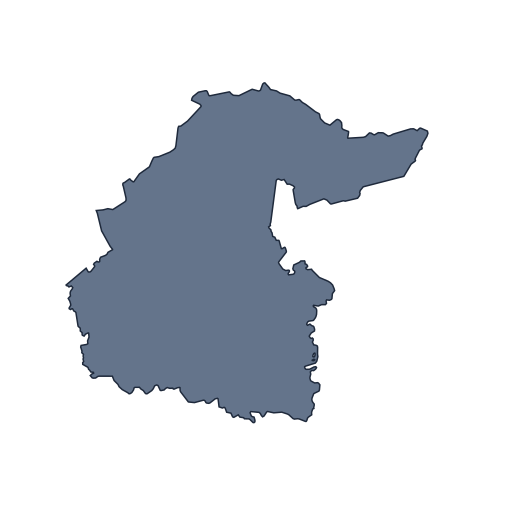 an SVG outline of Tyumen', rotated 348°
{"feature_id": "RUS-2398", "entity_name": "Tyumen'", "entity_type": "Region", "adm_level": 1, "iso_a3": "RUS", "parent_name": "Russia", "parent_adm1": "", "projection": "orthographic", "projection_center": [69.281, 57.561], "detail": "fine", "context": "isolated", "style": "filled", "palette": "slate", "viewbox_px": 512, "rotation_deg": 348, "n_neighbors": 0, "source": "natural_earth", "source_scale": "10m", "svg_char_len": 6067}
<svg xmlns="http://www.w3.org/2000/svg" viewBox="0 0 512 512"><g transform="rotate(348 256 256)"><path d="M229.0,414.7L228.1,413.2L227.5,411.0L226.5,409.6L218.6,407.1L217.6,408.1L218.2,411.5L218.8,412.2L220.6,413.2L220.8,415.9L220.7,417.2L220.3,418.1L219.3,418.6L218.4,418.2L216.1,414.7L215.3,413.9L210.8,412.8L210.3,411.6L206.7,410.2L205.6,407.7L200.8,409.2L200.0,408.8L199.6,408.1L198.8,404.5L194.8,402.7L194.3,398.9L193.9,397.8L193.3,397.4L191.5,397.7L188.5,395.9L189.2,387.8L188.7,387.2L186.4,387.2L180.5,390.1L179.2,390.3L177.2,389.6L176.5,388.9L176.2,387.5L175.4,386.4L174.6,386.1L165.3,386.6L159.5,384.7L154.0,373.1L153.8,371.8L154.3,369.0L154.0,368.7L151.9,368.5L148.1,369.2L147.4,368.8L147.3,368.2L146.8,367.9L144.1,367.5L141.8,366.2L139.9,366.8L138.4,367.9L135.1,367.9L134.4,367.5L133.2,362.3L132.0,361.5L129.9,361.9L127.9,364.5L126.0,366.0L120.9,368.1L119.8,367.9L119.2,367.4L117.8,364.2L115.7,362.1L114.7,360.2L110.2,359.3L109.3,359.7L108.4,361.5L106.2,363.7L104.6,364.4L103.2,364.4L102.1,363.0L97.4,358.9L94.9,355.4L94.3,352.9L91.3,348.3L90.5,343.7L77.5,340.9L76.3,340.9L73.8,342.0L71.6,341.7L70.5,341.2L69.0,338.5L70.9,337.3L72.8,336.9L72.8,336.0L70.3,335.1L69.5,333.0L68.7,332.0L68.5,330.0L64.0,326.0L64.3,324.3L65.5,323.4L65.4,320.8L66.1,319.8L66.1,317.9L66.8,316.3L65.5,314.4L66.0,312.8L65.6,308.6L66.3,307.1L71.9,307.3L73.3,306.8L73.6,304.0L75.8,300.6L76.3,296.7L75.9,296.3L73.0,297.0L71.2,298.6L69.7,297.4L69.6,296.9L69.9,294.7L68.5,292.8L69.0,290.7L69.0,290.0L67.4,287.8L67.4,286.9L68.1,273.9L67.7,273.0L66.5,272.1L65.6,269.5L65.0,269.3L63.4,269.8L62.3,268.7L62.4,268.0L64.6,265.6L64.7,264.3L64.5,261.5L63.5,258.4L66.2,256.5L66.4,254.0L66.8,252.7L67.5,251.7L69.6,249.8L70.2,248.7L69.1,246.9L66.6,247.4L66.0,246.4L64.4,245.5L64.2,244.9L87.3,232.6L88.5,236.4L88.8,236.8L90.2,237.1L91.3,236.7L95.9,232.9L96.1,231.9L95.4,230.4L96.4,229.3L99.3,228.1L100.4,229.1L101.6,229.1L102.1,228.6L102.4,226.7L103.7,224.9L108.8,224.1L110.5,223.4L112.0,221.6L117.0,220.0L117.0,219.5L115.4,216.3L110.2,199.3L109.7,181.3L109.2,178.3L116.0,179.1L120.9,178.9L125.6,180.8L139.1,175.7L140.3,174.8L140.7,173.5L140.9,172.1L140.7,160.1L140.5,158.9L140.8,157.6L141.2,157.1L142.9,156.7L148.2,154.3L148.8,154.6L149.1,155.5L151.1,157.8L151.9,158.0L159.1,151.4L170.3,146.6L173.8,141.6L175.9,138.9L176.9,138.3L181.6,138.6L193.4,136.5L197.4,134.9L199.4,133.7L200.6,131.4L206.3,114.7L207.3,113.1L209.5,113.3L217.1,109.8L233.3,98.4L233.5,97.4L232.6,95.8L225.4,90.3L226.2,88.4L227.6,86.9L233.7,83.8L240.7,83.8L241.9,84.1L242.5,85.0L243.2,88.8L243.6,89.5L244.8,89.7L264.0,89.9L264.6,90.4L265.4,92.0L267.3,94.1L272.7,95.6L286.9,92.1L292.9,95.2L293.7,95.1L294.8,94.8L298.3,89.2L299.8,88.4L300.7,88.5L303.6,93.5L304.8,96.2L310.4,98.8L313.4,101.7L322.4,106.4L326.3,111.5L327.5,111.9L330.6,111.9L331.2,112.3L333.3,115.5L336.1,118.0L344.1,127.3L347.2,129.8L347.6,130.8L347.5,134.0L347.7,135.3L350.8,140.1L355.5,143.4L363.1,139.4L364.3,139.4L365.5,140.2L366.4,141.3L367.4,143.3L367.1,146.3L366.6,148.1L366.8,149.1L367.5,150.3L372.3,153.4L372.4,153.9L371.1,157.4L370.3,159.1L370.4,159.9L385.7,162.2L388.0,162.0L392.5,159.2L394.1,159.7L396.2,161.7L397.2,162.1L401.2,160.8L405.4,161.8L406.2,162.2L410.2,166.2L412.5,166.2L415.5,165.3L433.7,163.8L436.7,164.4L439.7,166.9L442.6,165.1L443.6,165.1L449.6,169.4L449.7,171.7L448.0,174.5L442.7,180.2L441.8,181.9L440.9,182.6L440.7,183.5L440.9,185.0L440.6,185.7L438.5,186.2L437.5,187.0L432.3,193.4L431.7,194.4L431.9,195.6L431.5,196.2L426.8,198.4L417.2,208.8L375.3,210.6L371.7,213.5L370.6,215.3L370.8,216.5L370.0,218.3L367.4,220.6L354.7,220.9L352.9,220.1L340.6,220.8L339.7,220.5L337.0,216.1L334.3,214.2L319.3,216.7L315.4,217.9L312.4,217.2L306.7,218.4L306.4,217.5L306.5,215.6L305.7,214.0L305.5,212.1L306.0,199.7L306.2,198.6L307.6,197.6L308.0,196.5L306.9,195.0L303.8,192.7L301.4,192.2L299.4,187.0L296.6,187.2L293.9,185.3L292.5,185.5L291.5,186.3L277.5,225.9L276.4,227.9L276.4,229.3L274.4,230.1L274.5,231.2L276.0,233.5L275.9,235.1L276.5,236.6L276.4,240.3L278.3,241.5L279.1,244.9L281.5,245.4L281.8,246.0L282.3,254.0L283.0,254.3L285.6,253.4L286.2,253.7L286.5,255.1L286.7,257.6L286.4,258.5L277.0,266.5L276.7,267.2L276.9,268.3L279.5,274.3L282.0,276.4L284.8,276.6L285.6,277.1L285.4,278.2L283.9,279.7L283.7,280.6L284.0,281.2L288.5,281.6L289.7,281.2L290.3,280.4L290.7,279.4L290.6,278.6L289.6,277.6L289.4,276.1L291.1,272.6L297.2,271.2L298.8,270.2L302.5,270.9L302.7,271.8L302.4,273.9L303.8,274.8L304.4,276.6L304.2,277.2L302.5,277.8L302.3,278.6L302.4,279.1L303.7,280.1L307.6,280.5L308.0,281.7L313.5,290.2L321.3,295.7L323.3,297.7L324.9,300.3L325.6,304.2L325.7,306.2L322.9,308.7L321.4,313.5L320.8,314.1L318.8,314.6L315.9,313.6L315.2,314.6L315.1,317.0L313.8,318.0L310.0,317.2L306.5,317.9L302.1,316.2L301.6,316.7L301.8,317.6L303.6,319.3L304.1,320.6L304.0,322.2L303.1,325.6L302.2,327.4L301.3,328.7L299.1,330.7L298.3,331.0L294.1,330.7L292.8,331.3L291.6,332.8L291.4,333.6L292.0,334.5L294.6,333.8L296.1,335.8L297.4,336.5L297.9,337.4L298.1,339.9L297.6,341.5L294.0,342.8L291.5,345.3L291.4,345.8L292.2,347.6L293.0,348.1L294.0,347.9L294.7,349.0L294.4,350.4L293.3,351.9L294.0,354.9L296.2,355.8L297.3,356.8L297.3,358.2L295.8,364.7L295.6,367.3L293.6,371.5L291.8,373.1L281.9,374.0L280.6,374.3L280.4,375.3L280.9,376.8L281.6,377.3L284.9,377.9L289.6,376.6L291.5,376.7L292.0,377.8L290.7,379.1L288.6,380.1L286.6,379.5L285.0,380.7L285.0,382.9L283.5,385.9L283.3,387.0L283.5,389.1L283.9,389.8L287.0,392.4L289.9,392.7L290.7,393.3L291.7,395.3L290.2,400.2L289.5,401.2L283.9,402.6L281.4,406.4L280.8,407.8L280.7,409.0L281.1,410.9L282.1,412.8L282.0,413.8L280.9,416.4L280.9,417.2L279.7,417.4L278.1,420.0L277.7,421.2L277.5,422.9L273.5,424.6L272.7,425.3L271.4,427.6L270.7,428.2L270.0,428.1L264.4,424.4L262.8,423.8L259.6,423.5L258.4,422.7L255.1,418.1L253.9,417.1L248.7,414.1L240.8,413.1L235.0,410.5L234.0,410.8L230.6,414.2L229.0,414.7ZM291.7,366.8L292.4,366.5L293.1,365.3L293.5,363.9L293.3,363.2L292.2,363.4L291.1,364.9L290.7,366.2L291.7,366.8ZM290.4,370.4L291.3,370.3L292.0,369.8L291.9,369.4L290.8,369.0L289.3,369.6L289.3,369.9L290.4,370.4Z" fill="#64748b" stroke="#1e293b" stroke-width="1.5"/></g></svg>